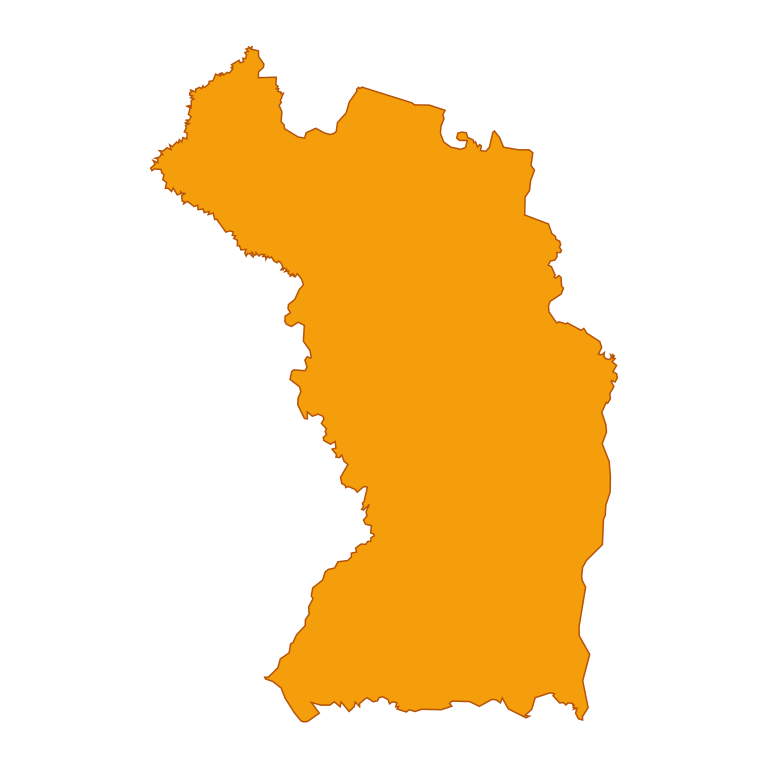 Majalengka, Jawa Barat, Indonesia (Albers equal-area conic projection)
{"feature_id": "22746128B87647472826371", "entity_name": "Majalengka", "entity_type": "district", "adm_level": 2, "iso_a3": "IDN", "parent_name": "Indonesia", "parent_adm1": "Jawa Barat", "projection": "albers", "projection_center": [108.194, -6.808], "detail": "fine", "context": "isolated", "style": "filled", "palette": "amber", "viewbox_px": 768, "rotation_deg": 0, "n_neighbors": 0, "source": "geoboundaries", "source_scale": "gbopen_adm2", "svg_char_len": 6057}
<svg xmlns="http://www.w3.org/2000/svg" viewBox="0 0 768 768"><path d="M582.6,720.0L582.5,716.6L588.1,707.6L582.7,680.8L589.7,654.4L579.3,636.0L579.0,627.0L585.6,587.2L582.0,580.0L581.7,575.7L582.6,567.4L586.3,560.6L602.4,544.6L603.5,519.4L605.3,515.0L605.8,505.2L610.1,492.3L610.4,476.7L609.2,461.5L602.2,443.7L606.5,432.1L605.9,424.8L601.8,412.3L606.2,402.4L607.6,403.3L610.4,398.7L609.8,393.6L613.9,386.6L611.1,381.3L611.7,380.4L615.0,382.0L617.3,378.2L616.7,373.9L612.9,371.7L616.6,365.4L612.2,361.9L615.1,358.5L612.9,358.3L614.2,356.0L612.8,354.7L612.6,356.6L610.7,354.9L611.5,357.5L609.5,359.5L606.1,358.9L603.9,356.4L604.4,352.5L601.9,354.7L598.3,354.2L601.7,347.6L599.8,341.6L586.8,333.2L583.8,328.4L581.1,330.3L567.3,322.9L565.6,323.9L559.2,321.8L556.6,322.9L548.9,311.8L548.5,305.7L550.2,301.3L561.2,294.0L563.5,288.1L561.6,286.0L561.0,277.5L558.9,275.5L555.6,278.2L554.0,276.8L555.2,275.3L551.4,266.6L548.2,265.2L550.4,261.1L554.9,260.1L557.2,256.3L556.7,252.6L560.5,252.5L561.5,250.6L559.4,247.1L560.6,244.8L559.6,241.2L555.7,239.2L555.5,236.4L551.8,233.6L548.5,224.0L524.7,215.0L525.1,197.1L529.5,190.6L530.6,180.7L534.5,170.1L531.0,165.5L532.8,152.8L529.3,149.9L518.5,149.8L503.5,147.2L499.6,137.6L494.4,131.0L492.9,132.3L489.4,147.3L485.7,151.4L480.5,150.5L481.3,145.8L479.7,144.6L477.5,147.0L475.5,141.8L473.8,142.8L473.2,140.0L467.8,137.5L466.2,132.7L461.6,132.1L457.8,133.3L456.7,138.1L459.4,140.4L467.3,140.5L465.5,147.5L460.7,149.3L450.9,147.2L443.7,142.0L440.4,133.3L441.0,126.2L444.0,118.6L442.8,114.5L445.1,110.3L429.3,105.1L414.4,104.9L412.1,102.9L361.9,87.1L359.9,88.6L358.5,87.4L356.6,89.4L357.0,91.0L349.2,102.2L346.2,112.9L337.5,122.5L336.2,131.5L333.8,133.5L330.0,134.5L324.3,132.9L315.8,128.3L306.2,132.7L304.6,138.1L298.1,137.0L284.6,128.7L284.2,125.1L281.1,121.6L281.9,111.8L279.1,105.4L281.4,102.4L280.3,100.7L283.4,93.2L280.9,93.6L280.8,92.0L277.9,91.4L278.7,88.8L276.3,88.8L278.1,86.5L275.9,84.8L276.3,77.2L258.4,77.7L258.6,71.8L263.4,67.4L263.9,64.1L258.7,56.8L258.4,50.8L251.3,49.2L252.3,46.1L250.4,48.4L248.2,46.6L248.8,48.1L246.1,49.1L248.4,51.5L244.8,52.4L246.4,55.2L245.7,58.6L242.8,58.3L243.7,61.7L240.2,62.9L239.1,60.3L231.5,64.7L233.0,66.5L231.2,67.6L232.8,68.8L229.4,73.1L227.1,72.4L223.6,75.0L222.6,73.2L219.9,76.6L220.6,73.3L217.8,75.3L215.7,74.0L213.0,80.7L209.1,81.4L208.9,83.9L205.5,86.8L203.7,87.4L202.9,85.9L201.6,88.6L199.5,87.4L195.8,89.1L195.6,91.9L190.0,89.7L191.9,91.6L189.8,92.9L189.8,95.1L192.6,95.9L190.5,97.7L193.9,98.9L191.3,100.3L191.2,107.2L189.5,105.5L187.0,106.2L190.2,107.9L188.4,114.4L191.1,116.7L189.3,120.0L185.5,120.1L188.0,121.0L187.8,122.3L184.6,122.9L188.9,123.9L185.5,125.3L186.3,127.6L184.3,131.9L187.2,133.0L186.8,139.0L182.9,137.5L181.7,142.0L179.3,139.7L178.5,143.0L176.6,142.0L172.4,146.6L169.7,144.9L171.0,149.6L167.0,147.8L163.0,151.1L159.4,150.7L163.5,155.1L161.1,154.2L159.7,157.0L155.4,158.2L157.7,158.8L157.9,162.7L153.2,160.6L155.1,164.1L150.7,168.1L151.9,170.6L154.3,169.0L161.1,169.4L161.7,172.9L164.1,174.7L162.7,179.6L166.6,182.5L165.4,188.4L168.1,188.2L171.5,191.5L173.2,188.0L177.2,194.9L180.5,193.7L180.7,191.7L182.2,193.3L185.6,193.4L181.6,195.3L182.2,201.1L184.1,201.4L183.6,203.9L187.4,201.4L194.1,206.5L197.7,205.2L198.0,209.6L203.2,209.1L204.1,212.6L209.1,211.5L208.2,214.6L213.2,213.1L214.7,219.5L216.6,219.2L225.8,232.1L230.2,230.9L233.3,232.0L232.2,235.4L235.5,235.8L233.7,238.4L237.5,240.4L237.3,245.8L239.5,245.7L241.0,250.0L246.2,249.4L244.8,253.1L246.2,256.0L247.7,253.4L250.4,254.1L251.7,252.1L253.0,253.3L251.4,255.5L253.3,257.0L253.9,255.0L255.9,254.9L256.0,252.5L259.0,256.0L260.8,254.4L264.5,254.6L262.8,256.5L265.8,256.6L265.9,259.3L267.9,256.2L269.5,258.0L271.4,257.0L273.9,261.0L277.0,262.8L278.4,261.0L281.0,263.0L282.9,267.4L281.0,269.8L283.2,269.9L283.6,267.8L286.7,269.4L284.9,271.6L288.6,271.0L288.0,273.2L290.3,275.0L290.0,276.9L291.8,274.4L293.3,275.8L292.6,273.3L295.3,276.6L297.3,273.7L301.4,278.8L303.5,284.8L299.2,289.6L294.8,299.4L288.5,304.5L288.0,308.6L290.4,312.7L285.1,316.2L284.9,321.6L286.5,324.2L291.4,326.5L298.3,322.2L304.3,325.4L303.4,341.2L309.9,350.5L311.3,357.0L310.6,358.1L307.3,356.7L304.9,360.1L307.0,367.0L305.4,370.7L293.6,369.9L291.7,371.7L290.0,379.4L299.5,386.7L300.9,391.7L298.2,397.7L297.7,404.7L304.4,418.4L307.4,418.9L307.3,411.9L312.3,416.2L318.2,414.2L322.9,416.3L323.9,419.0L321.4,423.4L326.5,428.9L325.1,431.6L326.6,434.6L323.3,437.3L323.8,440.5L330.4,444.2L335.1,441.5L336.0,448.0L332.0,449.2L336.5,454.6L335.9,457.1L339.5,457.6L341.7,455.0L344.1,461.4L347.9,464.5L340.5,477.4L341.8,483.5L345.3,485.4L345.7,487.6L348.4,486.5L354.9,489.3L357.2,492.2L363.9,486.5L367.4,487.2L364.0,501.9L362.5,503.1L363.4,506.9L361.6,509.3L363.5,510.1L369.4,504.4L366.0,511.8L367.0,515.9L363.5,520.1L365.5,524.2L371.4,525.7L370.6,533.0L373.4,533.9L374.3,535.9L371.0,537.7L370.6,541.4L367.8,541.4L365.7,544.4L361.2,544.0L355.6,548.1L356.6,552.1L351.4,553.1L351.3,557.0L347.9,560.5L337.9,561.8L334.7,568.0L328.3,569.4L325.2,572.0L322.6,580.1L312.7,587.9L311.3,596.0L313.0,598.6L308.6,607.0L309.1,614.2L305.4,619.6L305.2,625.6L296.5,634.9L293.0,642.5L290.6,643.9L289.1,652.9L280.3,658.9L277.9,667.7L268.2,677.3L264.7,677.2L265.6,679.0L272.5,681.3L281.2,688.1L285.0,697.9L294.1,712.4L300.9,720.8L303.7,721.9L307.7,721.4L319.3,713.2L311.4,702.5L320.8,705.1L329.9,705.1L334.3,701.8L340.1,706.8L341.2,701.9L349.1,711.5L354.2,706.7L355.2,702.1L359.6,706.7L359.6,703.5L365.6,698.5L367.3,697.9L373.4,701.8L377.5,700.8L379.1,697.7L382.7,696.7L388.2,699.7L389.5,703.8L392.5,701.8L396.8,702.6L395.7,706.9L398.5,706.5L397.0,709.0L406.3,712.0L409.2,709.8L415.1,711.5L421.5,709.3L441.4,709.7L451.8,706.2L449.5,703.3L452.2,701.1L469.6,701.6L479.4,706.3L492.0,699.4L496.2,699.9L500.4,702.9L502.3,697.9L508.3,708.9L526.0,717.8L529.3,716.2L525.1,715.4L531.7,709.4L535.2,697.7L550.2,692.8L554.4,693.8L553.0,695.7L559.7,703.0L563.4,702.6L566.0,705.0L568.0,702.9L572.6,703.4L572.6,704.9L574.1,705.0L573.1,707.4L574.7,707.7L573.7,709.2L576.9,708.2L575.6,713.3L578.4,718.8L582.6,720.0Z" fill="#f59e0b" stroke="#b45309" stroke-width="1.5"/></svg>